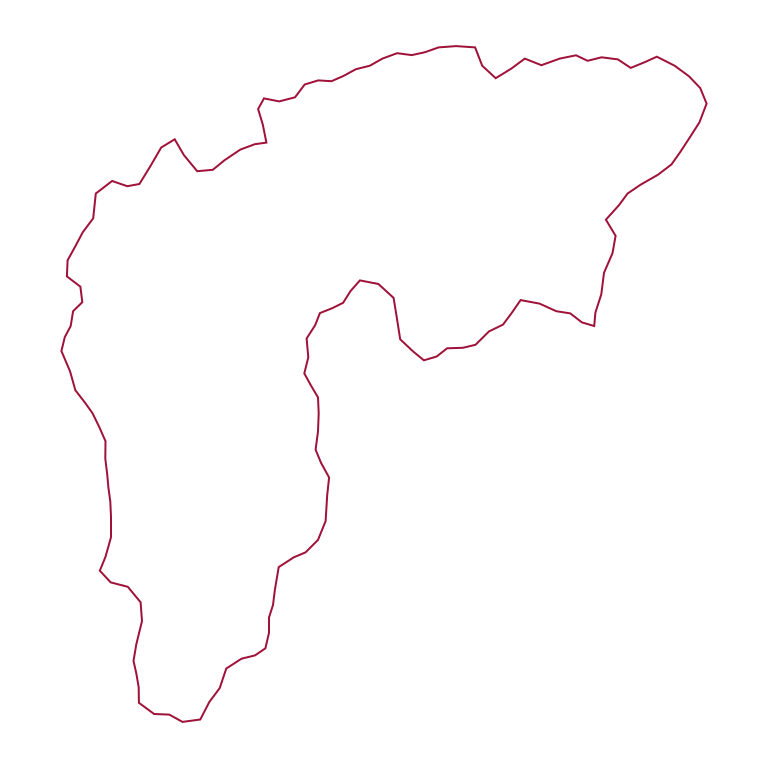 Divinolândia de Minas, Minas Gerais, Brazil
{"feature_id": "56859067B83999071532050", "entity_name": "Divinolândia de Minas", "entity_type": "district", "adm_level": 2, "iso_a3": "BRA", "parent_name": "Brazil", "parent_adm1": "Minas Gerais", "projection": "robinson", "projection_center": [-42.571, -18.8], "detail": "fine", "context": "isolated", "style": "outline", "palette": "rose", "viewbox_px": 768, "rotation_deg": 0, "n_neighbors": 0, "source": "geoboundaries", "source_scale": "gbopen_adm2", "svg_char_len": 1913}
<svg xmlns="http://www.w3.org/2000/svg" viewBox="0 0 768 768"><path d="M475.1,47.4L456.1,46.1L438.6,47.4L424.6,52.3L411.8,55.1L397.1,53.2L382.4,58.6L369.9,65.7L355.9,69.2L343.1,76.1L331.5,81.2L318.2,80.4L304.7,84.5L295.0,97.3L279.2,101.4L264.0,98.4L258.1,109.0L262.8,124.6L266.4,142.6L254.8,144.2L240.3,149.6L224.4,160.3L212.8,169.8L197.2,171.2L183.9,155.1L174.7,139.3L161.2,147.5L150.3,166.3L139.4,184.0L127.3,186.2L112.1,181.0L95.8,193.5L93.2,218.3L82.8,232.2L75.7,245.6L67.6,260.3L66.9,276.4L80.4,286.7L82.3,302.2L73.1,311.2L70.7,326.0L64.8,337.1L61.4,351.0L70.0,371.2L75.4,390.3L85.1,402.8L92.5,413.2L99.4,427.3L105.5,441.2L105.3,458.7L107.2,474.2L108.4,487.6L110.3,501.5L111.0,516.7L111.0,537.2L105.5,556.8L99.8,570.7L110.7,582.4L127.8,586.8L140.6,602.3L142.0,621.1L136.3,644.3L133.5,660.9L136.3,673.4L138.7,687.3L138.9,702.8L154.1,714.0L169.3,714.6L182.5,721.9L200.3,719.5L209.3,702.0L219.7,688.1L226.3,668.5L241.5,658.7L255.0,655.4L265.4,648.3L269.0,632.8L269.0,617.5L273.0,605.0L274.9,589.7L278.7,567.1L293.8,557.3L305.5,552.4L318.0,539.9L325.6,521.1L327.2,495.2L329.1,477.5L321.1,463.0L315.6,449.7L318.0,431.4L318.7,413.4L318.0,397.4L310.9,385.4L304.3,373.4L308.3,357.3L306.6,338.5L315.2,325.1L319.9,313.1L332.2,308.2L343.1,302.8L350.5,291.1L359.9,280.4L378.4,284.0L393.6,297.9L396.7,317.0L400.2,339.3L413.5,351.8L423.9,360.3L436.7,356.5L447.1,348.3L462.8,347.8L475.5,344.8L489.0,331.4L503.0,324.6L511.6,313.1L520.6,300.1L539.5,303.6L556.3,311.2L570.3,313.4L581.9,322.4L594.2,326.0L595.4,312.6L601.3,294.3L604.0,272.8L612.5,253.2L615.6,235.8L605.9,219.7L619.1,205.0L627.6,193.5L640.9,184.5L658.0,174.7L671.5,164.4L680.0,152.4L689.5,137.9L699.4,122.4L706.6,103.6L700.2,88.0L689.0,76.3L674.6,65.7L656.8,56.7L644.7,62.2L630.7,67.9L617.9,59.4L601.6,57.3L587.6,60.8L576.0,55.3L559.7,58.6L541.4,65.2L524.8,58.6L511.6,68.4L495.7,78.2L482.2,65.7L475.1,47.4Z" fill="none" stroke="#9f1239" stroke-width="2"/></svg>